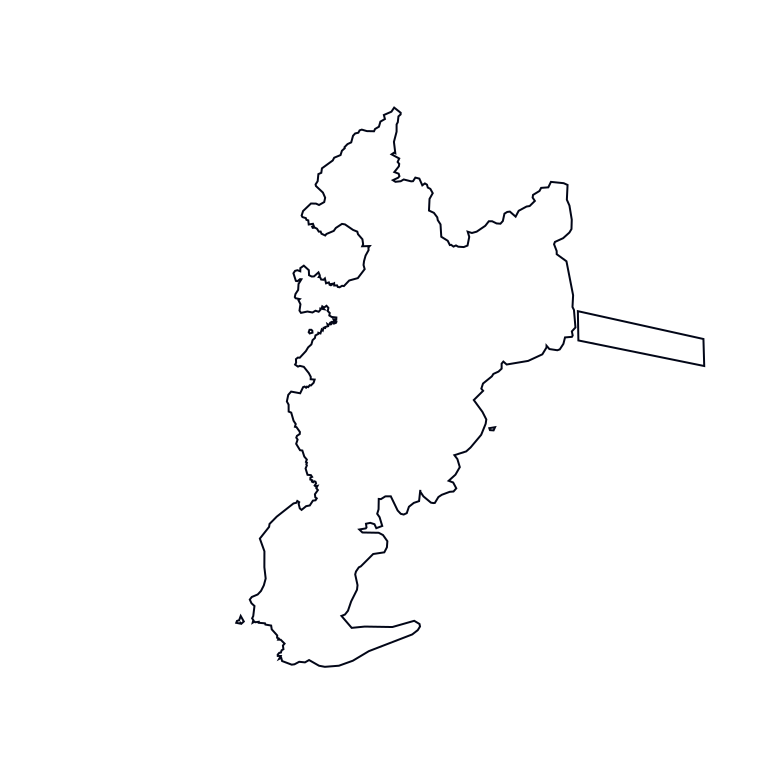 the district of Tailevu, Central, Fiji, rotated 48°
{"feature_id": "14151628B48978228339800", "entity_name": "Tailevu", "entity_type": "district", "adm_level": 2, "iso_a3": "FJI", "parent_name": "Fiji", "parent_adm1": "Central", "projection": "mercator", "projection_center": [178.445, -17.83], "detail": "fine", "context": "isolated", "style": "outline", "palette": "ink", "viewbox_px": 768, "rotation_deg": 48, "n_neighbors": 0, "source": "geoboundaries", "source_scale": "gbopen_adm2", "svg_char_len": 6169}
<svg xmlns="http://www.w3.org/2000/svg" viewBox="0 0 768 768"><g transform="rotate(48 384 384)"><path d="M179.2,232.4L180.1,234.9L178.5,237.8L178.8,240.9L182.5,246.7L181.3,250.6L181.6,254.9L182.5,255.4L182.5,259.2L184.8,263.1L182.5,269.6L183.6,272.5L182.2,285.8L185.1,289.3L184.1,292.3L188.9,297.6L189.9,301.3L191.3,302.1L200.9,301.3L206.2,303.1L208.8,306.7L207.5,312.5L204.5,313.8L201.0,317.5L201.3,328.4L203.7,332.5L205.4,332.9L208.4,331.1L210.1,331.8L211.7,330.8L215.1,333.2L217.4,329.6L219.7,330.5L219.0,332.1L220.2,332.5L221.6,330.7L223.8,329.9L227.1,330.5L228.3,329.1L230.5,329.9L234.3,328.3L234.0,326.4L236.6,318.9L235.8,315.4L236.9,308.1L239.3,306.2L248.8,303.9L252.9,301.9L255.3,303.1L262.0,303.2L266.2,306.0L267.1,308.0L271.9,302.3L272.2,304.3L274.2,305.9L276.2,311.7L279.3,316.6L281.9,319.6L285.7,321.5L287.8,332.6L283.8,340.6L284.4,348.3L283.0,349.4L282.4,352.3L280.9,353.4L279.3,352.9L277.5,355.1L275.8,353.7L275.1,357.4L274.5,357.7L274.3,356.4L273.4,357.8L271.6,357.0L270.4,359.7L266.0,357.3L266.1,359.2L264.3,360.8L261.9,360.0L260.9,360.9L260.3,359.0L257.2,358.0L257.2,364.0L255.8,365.8L253.0,366.9L249.1,363.7L242.4,364.4L241.9,368.6L244.2,370.8L241.5,372.2L240.4,374.4L241.1,377.2L248.4,380.5L249.7,379.5L249.9,376.2L250.9,375.3L252.5,380.6L256.6,384.8L257.9,389.6L259.7,392.1L261.1,392.3L264.5,389.8L264.5,391.5L268.8,392.7L272.9,397.7L275.6,398.1L278.9,392.4L283.0,389.3L283.7,385.9L286.6,384.2L286.4,381.8L285.3,380.8L288.2,378.6L285.6,378.9L285.0,377.9L287.1,377.4L287.4,374.4L290.2,374.4L292.2,377.0L294.9,376.8L296.5,378.8L299.2,378.0L302.7,374.9L304.3,376.5L302.2,378.3L303.8,378.7L305.0,377.6L304.3,379.0L306.0,377.9L306.4,378.7L305.7,380.6L304.6,380.0L304.5,381.2L302.9,381.3L302.5,382.8L305.0,383.6L302.9,383.6L303.1,385.7L301.8,386.0L303.6,386.9L302.3,389.6L303.0,390.3L301.8,391.3L303.3,393.7L301.8,393.8L303.9,397.4L302.0,398.5L302.8,399.4L302.0,402.4L303.6,404.6L303.6,407.7L306.0,411.5L306.0,415.8L307.3,420.1L308.1,429.0L306.7,430.4L306.6,432.8L309.4,435.1L310.1,437.1L313.5,436.3L314.2,434.4L317.6,432.1L325.6,432.6L329.6,433.6L331.4,435.3L334.3,432.6L336.0,435.5L336.2,439.3L335.2,440.0L335.6,442.4L334.4,443.0L334.6,444.4L332.8,444.7L332.2,446.2L334.8,452.5L327.5,458.1L328.0,462.4L332.0,467.9L335.5,468.7L340.7,473.3L343.2,472.1L350.8,475.8L354.7,476.4L356.2,478.8L357.5,477.9L363.4,478.6L364.8,480.1L364.3,483.4L365.2,485.1L367.5,485.4L369.7,489.3L377.0,490.7L378.8,489.2L384.6,491.8L388.5,491.9L389.7,494.2L391.0,494.0L391.6,495.4L392.9,495.8L394.3,498.8L400.3,501.6L402.8,499.3L404.9,499.6L404.3,501.3L405.7,502.7L407.4,501.8L408.3,502.9L409.6,502.4L409.5,501.0L410.8,500.3L412.4,501.0L413.1,503.5L414.3,503.3L415.2,501.6L416.1,504.0L418.6,504.1L419.7,509.1L422.3,510.9L424.0,510.5L424.6,512.7L423.1,514.9L424.6,520.4L422.7,523.6L422.4,529.5L420.1,529.8L415.9,527.6L415.1,526.1L412.9,526.7L413.6,528.6L412.2,531.2L410.8,552.5L411.4,562.7L413.3,565.0L415.8,579.7L428.3,584.8L440.1,595.5L449.4,602.1L453.2,608.0L455.5,613.9L455.9,618.7L453.8,624.8L454.4,628.0L458.3,629.2L462.3,628.8L469.0,636.5L469.9,638.8L472.0,639.1L473.5,641.3L473.9,639.2L474.9,639.1L476.9,636.2L477.6,636.9L482.2,632.6L483.4,633.1L488.0,629.5L491.2,631.6L499.4,631.6L501.0,633.2L502.7,632.5L503.2,633.7L504.9,631.9L510.4,631.6L510.7,634.1L513.8,636.2L513.4,638.3L514.6,640.3L513.7,641.7L514.0,644.1L515.0,644.9L517.0,642.8L518.1,645.9L518.7,643.6L521.7,645.1L530.8,640.4L532.4,638.1L533.7,632.9L538.0,629.0L539.0,624.4L549.9,620.8L554.6,617.2L563.2,606.0L568.8,592.3L572.4,574.0L589.0,530.6L589.5,523.5L588.3,519.5L586.1,518.2L580.2,520.0L570.2,540.4L551.4,560.6L543.6,571.2L527.9,570.8L529.2,567.3L528.4,562.5L523.6,553.9L518.8,541.7L515.8,538.3L506.2,532.8L504.6,530.3L503.4,525.4L504.0,523.3L503.1,505.8L509.3,496.4L507.3,491.1L503.1,486.7L495.6,485.8L491.0,487.5L479.9,499.4L475.6,499.7L479.1,494.2L478.9,493.0L475.8,490.9L478.0,487.1L481.8,484.9L486.0,486.2L488.3,480.3L480.0,476.4L475.9,475.9L473.5,471.9L465.9,464.8L467.5,463.3L468.4,458.2L472.0,454.1L487.1,458.5L491.7,458.4L494.2,456.7L495.2,453.5L491.9,447.6L492.3,441.4L494.5,436.3L487.0,427.9L488.4,429.1L493.9,429.9L503.6,428.5L505.5,427.0L506.4,425.8L504.4,419.2L505.0,415.2L508.1,407.3L510.4,404.3L509.9,400.1L503.5,398.5L499.2,400.7L499.2,391.6L496.5,383.3L488.9,379.7L484.0,379.3L489.1,368.0L489.1,362.1L486.8,345.8L481.6,335.1L478.8,331.7L470.6,329.5L456.0,328.0L455.4,314.9L452.6,314.8L449.9,310.1L450.5,298.7L449.7,296.0L451.4,290.6L451.3,286.3L447.6,283.0L447.2,280.3L451.6,279.8L463.3,261.4L467.9,246.5L465.6,238.8L464.3,237.6L468.7,237.7L474.9,232.6L475.9,230.2L474.2,223.8L470.5,218.3L474.7,212.8L474.2,211.3L470.6,209.2L470.1,203.9L456.1,193.3L452.9,192.4L444.6,184.1L414.9,166.3L403.1,168.8L400.7,166.7L393.9,164.1L392.8,161.9L395.5,153.3L395.5,144.9L394.3,141.0L387.5,134.5L375.5,126.8L369.4,124.8L358.9,114.4L355.0,116.1L345.5,124.7L347.8,130.3L343.4,136.0L344.6,139.3L343.2,146.7L344.9,148.8L348.9,149.4L349.2,156.7L347.5,159.3L345.4,168.0L347.7,174.2L340.1,175.1L338.6,177.3L338.0,180.5L342.4,186.6L342.8,190.2L340.0,192.9L335.5,194.7L333.2,197.2L334.2,202.9L332.8,213.2L330.6,217.6L326.8,219.9L331.7,222.2L337.0,229.3L335.6,233.1L331.6,237.0L329.2,237.8L328.4,240.4L325.5,241.0L324.8,242.1L320.2,240.8L312.9,242.9L303.2,235.2L298.2,234.4L295.8,232.9L290.2,232.4L285.2,234.5L276.9,226.3L274.8,220.1L270.0,219.0L267.3,220.0L264.6,218.7L262.3,219.4L262.0,222.6L255.0,220.3L251.6,222.6L252.7,226.7L251.6,228.2L245.2,232.5L244.5,235.9L241.4,240.2L238.5,241.0L240.2,235.3L239.9,233.5L237.5,232.4L233.4,234.5L232.2,227.3L230.6,225.4L228.1,225.3L226.6,221.8L218.4,224.7L218.8,221.8L220.1,221.2L210.7,214.6L204.9,205.8L199.5,200.9L198.7,198.6L194.8,194.2L194.8,191.3L193.6,190.1L185.4,191.5L186.6,196.3L184.0,204.1L187.7,206.0L186.6,211.1L189.4,215.6L188.5,220.0L189.5,222.3L184.6,227.5L180.1,230.3L179.2,232.4ZM584.9,134.0L564.3,116.5L459.6,191.2L481.7,210.4L584.9,134.0ZM462.6,653.6L465.7,651.3L465.3,650.5L466.7,650.4L466.7,647.1L460.5,645.7L462.6,649.7L461.7,651.8L462.6,653.6ZM489.2,336.1L491.8,333.6L490.4,330.4L487.3,335.3L489.2,336.1ZM296.7,405.4L298.0,402.8L296.4,401.6L295.0,401.8L293.9,403.1L295.1,405.3L296.7,405.4Z" fill="none" stroke="#020617" stroke-width="2"/></g></svg>